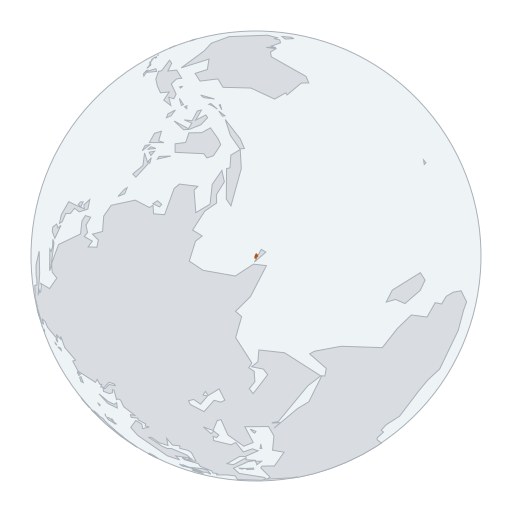 globe centered on Trikuṇāmalaya, rotated 232°
{"feature_id": "LKA-2454", "entity_name": "Trikuṇāmalaya", "entity_type": "District", "adm_level": 1, "iso_a3": "LKA", "parent_name": "Sri Lanka", "parent_adm1": "", "projection": "orthographic", "projection_center": [81.128, 8.569], "detail": "fine", "context": "on_globe", "style": "filled", "palette": "amber", "viewbox_px": 512, "rotation_deg": 232, "n_neighbors": 0, "source": "natural_earth", "source_scale": "10m", "svg_char_len": 9044}
<svg xmlns="http://www.w3.org/2000/svg" viewBox="0 0 512 512"><g transform="rotate(232 256 256)"><circle cx="256" cy="256" r="225" fill="#eef3f6" stroke="#a8b0b8"/><path d="M333.1,44.3L332.3,44.0L333.1,44.3ZM351.5,51.9L351.1,51.8L351.5,51.9ZM349.2,50.9L345.8,49.9L350.1,52.0L335.9,46.2L343.5,48.6L342.7,48.1L345.9,49.5L349.2,50.9ZM328.6,43.6L326.4,43.0L326.9,42.9L328.6,43.6ZM55.9,152.4L73.4,127.2L73.1,130.9L86.1,129.3L86.7,131.4L79.2,141.3L84.1,157.3L92.8,149.5L103.2,159.4L113.9,160.9L128.3,142.1L110.8,139.0L113.6,129.3L132.4,123.7L148.6,127.7L150.2,124.1L144.9,114.7L153.7,109.3L143.7,111.1L144.0,115.0L137.7,116.5L137.1,113.2L140.2,111.2L136.7,108.9L122.7,120.0L121.5,125.2L109.4,125.4L106.3,134.4L101.2,137.8L104.6,124.2L108.1,119.7L110.2,105.3L105.4,109.8L103.1,124.1L101.6,122.6L95.0,130.1L98.8,123.2L102.6,107.6L95.0,108.9L76.6,126.1L74.0,126.9L75.8,122.3L91.3,103.8L95.4,104.3L101.0,98.8L107.7,90.3L108.3,91.6L111.6,88.5L113.9,88.8L124.5,82.6L127.9,82.7L139.3,74.4L142.6,73.6L134.9,78.5L131.4,82.4L140.9,84.1L144.8,82.7L151.4,77.5L153.2,79.1L158.4,73.8L167.3,73.3L160.8,70.0L168.4,64.8L177.6,61.9L179.0,59.9L163.9,64.9L158.9,67.6L156.5,70.7L141.9,78.9L137.1,79.8L147.9,69.7L142.3,70.3L153.2,63.1L187.4,52.4L198.0,51.7L200.4,60.1L193.8,62.5L189.7,60.4L186.9,66.7L190.3,64.0L191.7,65.7L199.4,62.2L200.8,63.2L205.7,58.3L208.3,59.3L205.1,62.4L218.6,59.0L225.9,60.6L228.2,59.4L228.7,57.7L237.6,61.5L239.0,60.5L236.6,58.8L237.7,55.9L243.2,52.5L246.0,54.0L244.4,55.4L245.2,61.1L240.5,65.3L242.2,65.6L247.0,62.4L246.0,55.4L248.5,53.0L249.9,56.0L249.6,54.7L251.7,54.0L256.5,55.0L255.3,51.7L274.9,44.9L286.0,46.9L285.1,49.7L301.7,49.0L312.9,52.7L310.7,50.9L317.1,50.3L313.7,49.0L313.1,48.2L328.2,47.9L333.9,49.5L337.8,48.8L336.7,48.1L332.7,46.7L335.9,46.2L350.1,52.0L352.0,53.2L359.7,56.6L362.9,59.2L369.0,63.5L368.1,65.6L373.1,69.4L375.5,70.4L384.1,76.9L393.3,88.1L375.1,74.5L359.1,60.1L364.7,65.2L360.3,63.0L360.3,64.3L364.6,68.5L367.0,69.5L357.4,73.3L361.2,85.5L368.7,85.5L375.8,90.1L386.6,107.5L381.4,131.3L390.8,140.5L392.9,146.4L388.3,149.6L385.0,141.0L378.2,137.7L377.1,132.7L368.5,136.2L366.5,129.3L360.9,136.0L365.6,141.6L373.9,140.6L369.8,150.2L381.2,160.6L385.1,173.1L374.4,195.2L359.8,201.9L359.4,206.0L352.3,201.3L344.8,209.4L359.6,233.0L359.8,240.0L346.7,253.0L346.1,247.8L327.2,235.2L325.1,251.7L339.4,265.6L344.4,281.8L333.9,276.7L328.7,262.5L322.0,257.6L322.9,243.2L315.5,222.0L304.9,225.9L304.9,217.4L293.1,200.3L277.4,205.4L253.0,227.3L251.1,249.0L242.0,258.3L227.4,226.6L225.0,205.8L217.1,207.4L204.2,189.7L174.3,186.9L172.4,181.5L166.3,183.6L157.6,177.7L155.6,169.0L149.3,169.0L155.2,192.1L162.3,192.2L171.5,184.3L171.5,192.4L180.2,200.4L162.2,218.9L121.7,233.2L121.8,216.9L111.8,171.6L114.3,167.1L114.5,166.5L114.6,165.6L109.6,172.8L109.2,164.3L110.2,194.8L108.6,207.9L121.1,234.1L119.0,236.4L124.2,242.2L145.8,238.0L145.0,243.4L132.4,267.6L106.0,299.1L111.8,322.6L113.9,342.1L102.6,353.2L108.9,368.5L103.9,372.7L107.1,381.1L106.0,389.3L102.3,396.2L90.2,393.7L85.3,385.9L72.9,369.6L53.9,331.2L52.5,315.0L49.6,301.7L41.4,270.5L42.9,254.8L41.7,247.5L38.8,248.0L38.0,239.3L36.6,238.4L31.4,239.6L31.8,234.1L34.1,217.1L37.7,200.4L42.6,183.9L48.6,167.9L55.9,152.4ZM58.7,148.6L56.5,152.7L58.7,148.6ZM161.6,142.7L174.0,145.1L175.5,132.6L180.4,132.7L179.1,128.7L175.5,131.7L173.4,121.1L181.3,118.6L183.5,113.7L179.4,112.8L165.3,119.3L168.1,134.1L162.3,138.5L161.6,142.7ZM127.2,73.7L125.6,75.6L121.1,78.7L116.8,80.5L123.2,75.8L127.2,73.7ZM124.2,77.9L136.2,68.4L139.4,67.6L135.6,69.5L136.4,69.9L130.6,73.3L121.9,82.4L117.4,85.9L111.9,86.1L116.2,83.8L117.6,81.8L124.2,77.9ZM161.1,51.9L166.3,49.4L166.4,50.5L161.6,52.7L156.9,54.1L160.0,52.3L161.1,51.9ZM235.7,31.6L236.2,31.6L236.5,31.7L229.5,32.8L233.2,32.4L233.6,33.0L228.1,34.1L227.9,33.5L221.9,35.5L218.3,35.4L217.8,35.6L212.8,36.3L206.0,37.7L205.2,37.6L202.9,38.2L199.5,38.9L196.0,39.9L193.4,40.2L189.0,41.5L190.2,40.9L183.3,43.3L187.3,41.8L183.3,43.0L181.5,43.8L178.7,44.4L197.3,38.5L216.4,34.2L235.7,31.6ZM248.6,30.8L252.0,30.8L244.3,31.2L238.6,31.6L239.8,31.3L248.6,30.8ZM91.0,128.1L92.2,128.9L94.8,129.0L90.8,134.1L91.0,128.1ZM93.3,117.4L94.9,117.1L90.4,123.5L89.3,123.0L93.3,117.4ZM99.6,111.7L95.3,116.6L96.9,113.6L99.6,111.7ZM136.8,78.2L138.9,77.9L137.7,79.1L134.7,80.9L136.8,78.2ZM209.8,42.5L210.6,41.4L212.1,41.2L217.8,38.9L221.0,39.1L218.8,40.6L209.8,42.5ZM123.1,144.9L117.8,148.0L117.2,146.0L119.1,145.2L123.1,144.9ZM101.8,140.7L104.9,144.0L100.7,142.0L101.8,140.7ZM214.2,42.4L216.2,41.3L216.5,42.1L214.2,42.4ZM223.6,39.3L224.6,40.0L222.0,38.9L223.6,39.3ZM224.5,444.9L228.6,447.2L224.8,447.3L224.5,444.9ZM145.2,342.4L141.7,375.2L132.9,374.4L127.8,364.2L126.8,344.1L135.9,339.2L139.5,330.3L145.2,342.4ZM392.3,319.1L397.6,320.0L397.3,321.1L392.3,319.1ZM386.8,315.6L393.1,315.9L385.6,317.9L386.8,315.6ZM395.5,316.0L401.8,313.9L404.6,312.2L404.0,314.3L395.5,316.0ZM382.5,315.8L357.9,315.7L347.8,313.0L350.4,309.2L366.7,310.1L382.5,315.8ZM349.6,309.1L334.0,298.3L310.9,267.1L319.2,267.7L343.0,286.6L341.5,289.8L351.0,298.3L349.6,309.1ZM386.6,289.1L385.0,299.0L371.6,298.3L365.4,296.7L361.2,284.1L363.5,277.7L368.7,277.9L387.5,256.1L394.2,261.3L388.8,270.5L394.3,279.0L386.6,289.1ZM252.2,251.1L258.0,264.2L253.0,266.2L252.2,251.1ZM394.1,241.0L387.2,250.4L393.1,237.9L394.1,241.0ZM397.0,229.3L397.9,234.0L394.5,229.4L397.0,229.3ZM360.2,212.4L354.7,213.5L354.1,210.2L360.7,206.9L360.2,212.4ZM387.9,183.9L389.6,193.4L389.2,196.6L385.9,190.9L387.9,183.9ZM244.0,47.4L232.5,49.9L226.4,52.9L226.2,55.9L221.6,53.1L231.0,48.5L244.0,47.4ZM270.8,44.8L270.9,42.9L274.1,43.5L274.5,44.1L270.8,44.8ZM268.6,43.8L262.6,41.9L264.8,40.8L269.1,42.4L268.6,43.8ZM238.0,40.9L234.4,41.5L234.2,40.7L238.0,40.9ZM403.9,419.8L409.0,412.6L413.0,411.6L406.9,418.2L403.9,419.8ZM403.6,390.7L366.7,406.0L359.9,404.2L364.4,398.1L363.8,379.6L366.3,379.9L368.2,367.3L391.6,355.3L409.2,333.9L419.0,335.0L428.3,319.6L437.4,320.4L432.9,332.5L440.1,340.2L450.3,313.0L449.5,341.7L451.2,351.7L445.4,369.9L422.9,401.0L414.8,407.2L415.7,404.5L411.7,407.7L408.9,406.6L412.1,396.9L408.0,400.0L414.1,392.5L407.1,399.3L407.8,393.0L403.6,390.7ZM465.9,336.5L465.9,337.2L464.1,342.2L464.3,341.4L465.9,336.5ZM472.2,319.2L471.7,321.0L471.5,321.7L472.2,319.2ZM472.3,318.6L473.1,315.7L472.3,318.6L472.3,318.6ZM474.3,303.2L474.8,301.7L474.7,302.8L474.3,303.2ZM405.3,320.0L413.1,312.2L416.9,311.5L405.3,320.0ZM474.4,300.1L473.6,299.9L473.9,298.3L474.4,300.1ZM474.9,296.5L475.1,294.3L474.9,299.4L474.9,296.5ZM473.9,291.7L474.5,295.5L473.7,292.2L473.9,291.7ZM473.2,292.3L472.5,290.7L472.6,290.0L473.2,292.3ZM460.1,295.7L463.5,308.4L459.8,308.2L456.0,300.4L451.4,307.9L441.8,306.9L444.5,302.3L443.7,295.2L432.7,292.7L430.5,288.1L434.8,285.0L427.0,281.5L435.6,279.3L438.7,288.6L443.4,281.2L450.6,282.9L457.1,286.0L461.5,292.9L460.1,295.7ZM434.8,299.9L436.3,299.9L434.8,302.8L434.8,299.9ZM471.0,285.5L472.1,290.1L471.8,291.2L471.2,290.5L471.0,285.5ZM462.6,291.3L467.7,283.4L468.7,283.5L465.2,292.4L462.6,291.3ZM466.8,278.4L468.8,279.4L469.6,283.8L469.1,285.0L466.8,278.4ZM417.5,291.5L417.0,294.1L414.7,292.1L417.5,291.5ZM420.6,289.9L427.4,292.6L419.9,292.1L420.6,289.9ZM397.9,281.1L400.2,287.3L407.4,283.3L401.9,289.0L406.4,299.0L404.6,302.9L400.2,292.0L398.0,303.3L394.8,303.1L393.4,293.4L396.8,281.6L400.0,276.7L412.8,274.6L397.9,281.1ZM420.7,282.4L418.8,275.3L420.1,270.5L422.2,274.2L420.7,282.4ZM412.5,258.3L406.7,250.2L402.0,253.3L411.0,241.9L415.2,251.5L412.5,258.3ZM406.8,240.5L402.4,243.3L406.6,236.7L406.8,240.5ZM401.0,240.6L399.9,235.0L403.6,235.7L401.0,240.6ZM409.1,240.7L409.0,231.2L411.4,236.8L409.1,240.7ZM396.9,222.6L405.8,231.6L395.1,227.8L392.1,209.8L396.5,209.4L396.9,222.6ZM405.1,153.1L402.7,148.4L405.9,147.5L406.7,150.9L405.1,153.1ZM414.1,141.9L405.9,145.8L399.0,149.8L402.3,151.9L402.9,159.8L396.5,152.4L399.6,143.9L405.4,142.4L403.8,136.1L406.6,132.1L402.3,124.4L402.7,121.2L408.4,128.0L414.1,141.9ZM400.2,121.2L393.8,108.4L400.9,110.6L404.0,113.9L403.9,118.6L400.1,117.1L400.2,121.2ZM394.3,106.2L390.6,104.8L373.2,87.2L371.4,84.3L388.4,97.8L385.7,97.4L388.7,101.6L394.3,106.2ZM328.3,43.8L326.6,43.1L329.1,43.9L328.3,43.8ZM311.1,47.5L310.7,46.6L313.7,47.2L311.1,47.5ZM311.3,44.4L308.2,44.3L310.4,43.8L311.3,44.4ZM301.5,44.4L306.5,43.9L303.4,45.4L301.5,44.4Z" fill="#d9dde1" stroke="#a8b0b8" stroke-width="1"/><path d="M255.2,254.4L255.3,254.4L255.2,254.4L255.2,254.5L255.3,254.6L255.4,254.4L255.6,254.6L255.7,254.8L255.8,254.8L255.9,255.1L256.0,255.1L256.1,255.3L256.2,255.5L256.2,255.4L256.3,255.5L256.4,255.8L256.5,256.0L256.4,256.1L256.2,256.2L256.0,256.3L256.2,256.2L256.2,256.3L256.3,256.3L256.6,256.4L256.7,256.2L256.8,256.2L256.9,256.3L257.0,256.5L257.0,256.8L256.9,256.7L256.9,256.8L257.0,256.9L257.1,257.1L256.8,257.2L256.7,257.2L256.6,257.3L256.5,257.5L256.4,257.5L256.3,257.4L256.2,257.3L256.0,257.2L255.7,257.2L255.4,257.1L255.3,256.9L255.2,256.9L255.3,256.6L255.4,256.4L255.5,256.4L255.4,256.3L255.3,256.2L255.2,256.0L255.2,255.9L255.1,255.7L255.1,255.3L255.1,255.1L255.2,254.9L254.9,254.7L254.7,254.6L254.9,254.5L255.0,254.4L255.2,254.4Z" fill="#f59e0b" stroke="#b45309" stroke-width="1.5"/></g></svg>